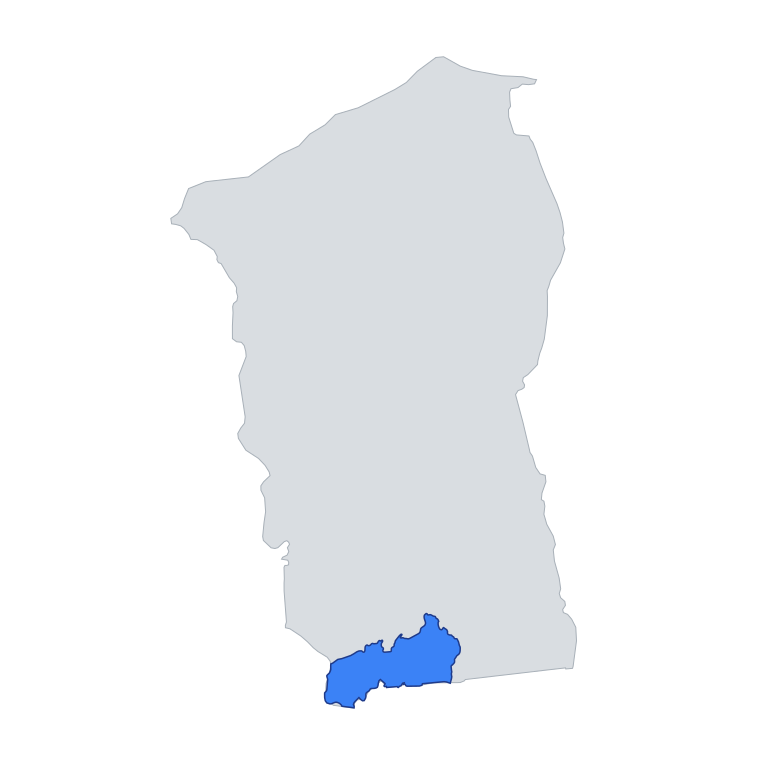 location of Upper East within Ghana, rotated 174°
{"feature_id": "GHA-2156", "entity_name": "Upper East", "entity_type": "Region", "adm_level": 1, "iso_a3": "GHA", "parent_name": "Ghana", "parent_adm1": "", "projection": "robinson", "projection_center": [-0.916, 10.731], "detail": "fine", "context": "in_parent", "style": "filled", "palette": "blue", "viewbox_px": 768, "rotation_deg": 174, "n_neighbors": 0, "source": "natural_earth", "source_scale": "10m", "svg_char_len": 6800}
<svg xmlns="http://www.w3.org/2000/svg" viewBox="0 0 768 768"><g transform="rotate(174 384 384)"><path d="M468.0,69.8L473.6,75.8L474.9,79.2L472.9,92.2L468.8,101.2L466.2,109.7L466.5,113.9L469.0,118.2L477.6,124.8L481.9,129.1L487.1,135.7L493.1,142.1L503.2,150.4L507.5,151.9L507.3,154.3L505.9,157.5L505.0,188.5L504.2,196.5L503.5,200.6L502.6,212.2L501.5,213.9L499.6,213.7L497.8,214.2L497.4,216.5L498.1,218.8L504.2,220.5L502.9,222.3L498.3,223.9L496.2,227.3L497.2,231.3L494.7,234.5L495.4,236.7L497.0,238.3L499.6,237.7L506.7,232.3L509.7,231.8L513.4,232.9L520.3,241.0L520.6,245.0L517.8,258.7L515.1,269.3L514.6,283.3L517.5,291.2L517.1,295.6L514.0,299.3L506.9,304.8L507.4,308.5L510.7,315.4L516.6,323.1L528.3,332.6L534.5,345.1L534.6,350.1L531.0,355.2L526.8,359.6L525.5,365.9L527.4,407.6L518.2,425.7L518.1,430.8L519.0,436.8L521.5,440.4L526.2,441.4L530.0,444.9L528.7,457.6L526.7,470.6L526.4,476.8L525.2,479.8L521.6,482.2L520.3,486.3L521.2,491.3L520.5,495.1L522.5,499.9L526.7,505.9L533.4,520.8L536.0,522.0L537.2,525.1L536.5,528.2L539.1,534.8L546.6,541.4L554.5,547.1L560.9,548.0L562.4,553.1L566.6,559.7L569.7,562.6L574.5,564.5L578.5,565.5L578.7,571.0L571.5,574.8L566.7,580.5L563.0,589.2L557.9,598.8L540.2,603.8L533.4,603.9L497.2,604.1L463.3,623.0L443.7,629.7L431.7,640.3L415.5,647.9L404.2,657.0L380.8,661.4L342.3,675.8L330.3,681.5L318.1,691.6L298.3,703.3L290.5,703.2L275.0,692.2L263.4,686.7L234.9,678.3L213.6,675.0L203.3,671.4L200.5,670.8L202.9,666.8L208.9,666.6L215.1,667.8L219.8,664.8L226.8,664.4L228.6,661.2L229.1,653.3L229.1,646.9L231.5,644.0L232.1,636.5L228.7,619.8L226.3,617.9L213.9,615.5L213.0,612.2L210.8,608.7L208.4,600.1L205.7,587.3L201.4,571.4L193.1,545.2L191.0,535.9L189.6,526.5L189.3,515.2L191.0,511.0L190.8,505.2L190.0,499.4L195.9,486.1L207.5,469.8L209.9,463.9L212.0,459.8L212.3,453.9L214.4,434.9L219.9,411.9L223.4,403.2L225.8,398.5L228.6,390.8L229.3,387.3L240.0,378.3L244.8,375.8L245.9,372.3L244.3,368.4L245.0,365.8L247.5,364.4L251.4,363.4L254.3,359.7L249.8,331.3L246.2,303.1L246.0,300.7L243.9,296.8L241.8,285.1L238.2,278.3L233.2,276.3L233.2,269.8L238.3,259.0L239.6,252.6L237.2,250.7L236.8,245.7L238.6,237.7L237.7,232.8L236.8,227.5L231.6,215.1L230.3,206.4L233.0,201.3L233.0,190.1L230.1,172.8L229.7,161.8L231.6,157.3L230.7,153.0L226.9,148.8L226.7,144.9L229.9,141.0L229.5,137.9L225.5,135.7L221.9,130.4L218.7,122.0L219.4,108.5L225.4,83.6L226.2,81.5L233.0,81.6L233.1,82.7L254.3,82.5L278.6,82.2L307.6,81.9L334.0,81.6L335.1,80.4L339.5,79.1L366.1,81.6L382.8,80.3L389.8,81.2L395.0,82.9L406.5,81.8L412.6,82.4L417.3,88.6L419.1,88.6L421.7,85.9L426.3,83.0L431.0,80.6L434.3,75.7L436.4,72.0L439.4,72.8L443.8,72.6L446.7,69.5L447.8,64.7L468.0,69.8Z" fill="#d9dde1" stroke="#a8b0b8" stroke-width="1"/><path d="M459.5,67.9L460.2,69.5L461.6,71.0L463.4,72.1L465.0,72.6L466.6,72.4L469.6,71.5L471.2,71.5L474.2,72.8L475.5,75.1L475.8,78.2L475.5,81.7L475.3,83.0L474.7,83.6L473.9,84.2L473.2,85.0L472.8,86.0L470.9,96.0L471.0,96.9L471.4,98.9L471.3,100.0L470.5,100.8L468.7,102.1L467.5,103.9L466.8,105.6L466.4,109.8L466.1,111.2L464.3,111.7L458.8,114.9L454.6,115.3L445.6,117.4L444.5,117.8L443.8,118.3L443.1,118.4L439.0,120.5L436.9,121.1L436.3,121.1L434.7,121.0L434.2,120.9L433.8,120.6L433.2,119.9L432.8,119.6L432.2,119.4L431.8,119.5L431.4,119.8L431.2,120.2L431.0,120.6L430.8,121.1L430.3,124.2L430.1,124.7L429.8,125.2L429.2,125.8L428.6,126.1L428.1,126.2L427.8,125.9L427.3,125.6L426.8,125.4L425.8,125.4L425.2,125.6L424.7,125.9L423.6,126.9L423.1,127.1L422.5,127.2L421.2,126.7L418.4,126.7L417.8,126.9L417.4,127.3L416.8,128.2L416.4,128.7L415.6,129.3L415.1,129.3L414.7,129.1L414.3,128.8L413.9,128.7L413.1,129.3L412.7,129.4L412.4,129.2L412.2,128.7L412.3,128.2L412.5,127.8L413.4,126.7L413.6,126.4L413.8,125.9L413.9,125.3L414.0,124.8L414.0,124.2L414.0,123.6L413.8,123.1L413.6,122.7L413.2,122.3L412.9,122.1L412.5,121.7L412.3,121.3L412.3,120.8L412.3,120.4L412.5,120.0L412.8,119.7L413.0,119.3L413.0,118.7L412.9,118.2L412.7,117.8L412.2,117.5L411.4,117.2L406.2,117.1L405.3,117.2L404.7,117.6L404.6,118.1L404.4,119.9L404.2,120.4L403.8,120.9L403.2,121.3L402.2,121.7L401.7,122.1L401.3,122.5L401.2,123.0L401.1,124.1L400.9,124.5L400.7,124.8L400.3,125.3L400.1,125.7L399.8,126.7L399.6,127.2L399.4,127.6L395.9,131.2L395.5,131.6L395.2,131.9L394.2,132.7L393.3,133.3L392.7,133.3L392.4,133.1L392.4,132.7L392.6,132.4L393.6,131.2L394.1,130.6L394.3,130.2L394.2,129.9L393.6,129.6L392.3,129.7L391.5,129.6L391.0,129.3L390.6,129.1L390.2,128.8L389.7,128.7L388.6,128.6L387.4,128.2L386.5,128.0L385.8,128.1L384.8,128.4L375.6,132.2L374.9,132.7L374.5,133.1L374.2,133.4L374.0,133.8L373.6,134.8L373.2,136.4L372.8,137.1L372.1,137.7L369.1,139.4L368.5,140.0L368.0,140.9L367.8,141.3L367.7,141.9L367.7,142.4L367.7,143.0L368.4,146.3L368.5,147.6L368.4,148.2L368.4,148.8L368.2,149.4L367.9,150.0L367.3,150.5L366.1,151.3L365.6,151.2L365.2,151.0L365.0,150.5L364.8,150.0L364.4,149.8L363.8,149.7L362.4,149.8L361.9,149.7L361.4,149.5L359.9,148.5L359.5,148.2L359.1,148.0L358.6,147.8L358.1,147.7L357.7,147.6L357.3,147.3L357.1,146.8L356.8,145.9L356.5,145.5L356.2,145.2L355.8,145.0L355.4,144.7L355.1,144.3L354.9,143.9L354.6,143.0L354.4,142.1L355.0,141.5L355.1,140.9L355.3,139.3L355.1,137.2L354.6,135.5L354.2,134.6L353.8,134.1L353.0,133.7L352.5,133.6L352.1,133.7L351.7,134.0L350.9,135.1L350.6,135.3L350.3,135.5L350.1,135.5L349.9,135.3L349.0,134.4L348.3,133.9L347.6,133.3L347.3,133.0L347.1,132.5L346.8,131.5L346.7,130.9L346.9,130.0L346.9,129.3L346.7,128.7L346.4,128.3L345.2,127.6L344.7,127.5L343.6,127.3L343.2,127.2L342.9,126.9L342.6,126.3L342.3,126.0L342.0,125.7L341.6,125.5L341.3,125.2L341.0,124.8L340.9,124.3L340.7,123.8L340.4,123.5L340.0,123.2L339.4,123.2L338.9,123.1L338.4,123.0L338.0,122.8L337.8,122.4L337.5,121.4L337.3,120.9L337.1,120.4L336.9,119.9L336.4,116.4L336.3,115.9L335.9,115.0L335.8,114.3L335.8,113.4L336.2,110.6L336.5,109.6L336.8,108.8L337.6,107.7L338.2,107.2L338.7,106.9L339.6,106.4L340.1,106.0L341.3,104.4L342.5,103.1L342.7,102.7L342.7,102.1L342.8,100.9L342.9,100.0L343.6,99.0L344.9,97.9L345.2,97.6L345.6,97.3L346.1,97.2L346.5,96.8L346.8,96.1L346.8,91.9L346.7,91.4L346.7,90.8L346.8,90.2L347.1,89.5L347.3,88.7L347.3,87.3L347.2,85.8L347.7,83.9L349.4,79.5L350.3,79.9L353.2,81.2L355.4,81.7L366.5,81.8L377.1,81.9L377.8,80.4L380.3,79.9L392.4,81.0L393.1,81.2L393.8,81.7L394.4,83.1L394.9,83.4L395.8,83.3L395.2,84.7L396.7,84.5L398.7,82.0L400.5,81.7L401.0,81.0L401.6,80.7L402.1,81.0L402.5,81.7L412.5,81.9L413.1,81.9L413.2,83.0L413.6,83.1L414.2,82.9L415.0,83.0L415.6,83.7L415.2,84.5L414.5,85.3L414.3,86.0L418.5,90.5L420.0,89.4L420.9,87.2L421.5,84.7L422.3,83.1L423.6,82.5L425.4,82.3L428.8,82.5L429.1,82.3L429.4,82.2L429.7,82.0L429.9,81.7L430.7,80.5L433.0,79.3L434.1,78.4L434.5,77.3L434.7,75.1L435.1,73.6L436.8,71.2L438.5,71.2L440.2,72.7L441.7,74.8L446.1,71.2L447.2,70.0L447.9,68.5L447.7,67.6L447.4,66.7L447.6,65.1L459.5,67.9Z" fill="#3b82f6" stroke="#1e3a8a" stroke-width="1.5"/></g></svg>